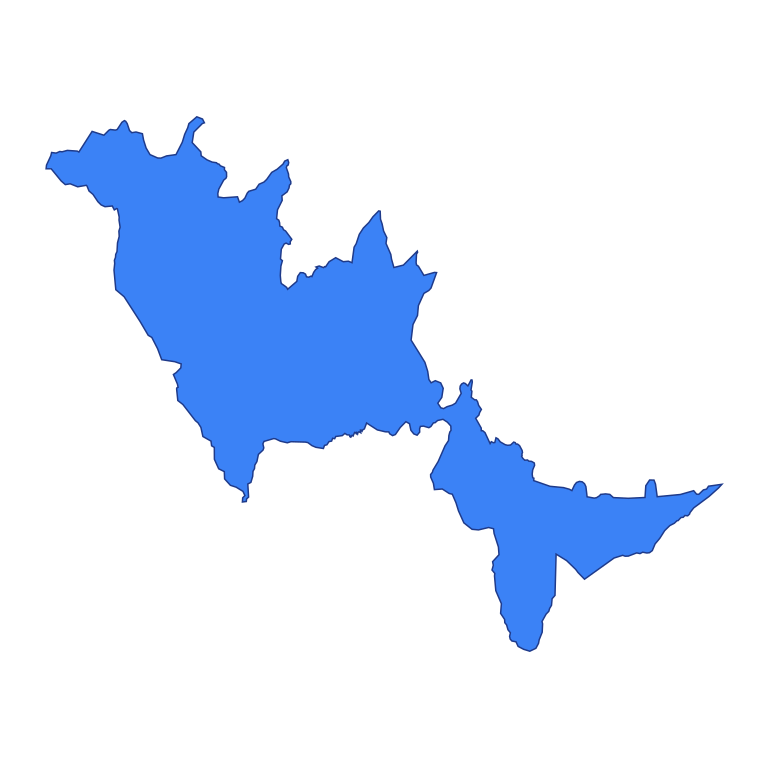 outline of Yilo Krobo, Eastern, Ghana
{"feature_id": "2480657B63323125119927", "entity_name": "Yilo Krobo", "entity_type": "district", "adm_level": 2, "iso_a3": "GHA", "parent_name": "Ghana", "parent_adm1": "Eastern", "projection": "equal_earth", "projection_center": [-0.125, 6.157], "detail": "fine", "context": "isolated", "style": "filled", "palette": "blue", "viewbox_px": 768, "rotation_deg": 0, "n_neighbors": 0, "source": "geoboundaries", "source_scale": "gbopen_adm2", "svg_char_len": 6111}
<svg xmlns="http://www.w3.org/2000/svg" viewBox="0 0 768 768"><path d="M721.9,484.3L708.5,486.2L706.6,489.1L703.4,489.9L698.8,494.3L696.6,494.2L693.7,490.7L680.3,494.5L657.2,496.7L655.5,484.1L654.0,480.1L649.6,480.0L645.8,485.7L645.0,497.5L628.3,498.3L613.4,497.6L609.8,494.4L605.6,493.9L600.6,494.4L599.6,495.7L596.5,497.7L594.2,498.1L587.1,496.8L585.9,486.6L584.5,483.7L582.2,481.8L579.4,481.4L576.5,482.5L574.5,485.0L571.9,490.6L569.3,489.2L563.5,487.6L550.0,486.3L533.7,480.6L533.9,478.2L532.7,477.7L532.2,474.1L532.7,469.9L534.6,465.3L534.3,463.0L531.6,461.4L528.7,461.1L527.6,460.0L524.7,460.2L522.8,458.3L521.6,456.2L522.1,455.5L521.9,453.8L522.5,452.6L522.1,450.4L519.6,445.7L517.6,444.1L516.1,444.1L515.2,442.6L513.7,442.1L510.6,445.0L507.7,445.3L505.2,444.7L500.3,441.9L497.9,438.8L496.0,437.8L494.8,442.5L493.4,442.7L491.3,441.7L490.1,443.6L485.0,432.6L482.7,430.7L481.3,430.7L481.2,428.0L475.7,418.3L478.9,415.1L479.6,412.6L481.4,409.4L478.6,405.3L477.6,401.8L476.4,399.9L474.6,399.8L471.3,397.3L471.9,391.2L471.0,389.9L472.3,382.0L472.0,380.0L471.1,379.9L467.9,385.9L465.3,383.5L463.6,382.9L461.6,384.0L460.2,386.1L459.9,388.9L461.2,393.4L455.6,403.1L452.3,405.1L447.0,406.7L443.6,408.6L440.8,407.8L437.8,403.2L441.8,397.4L443.2,388.3L440.7,382.9L435.3,380.7L431.1,382.8L428.9,379.5L427.7,371.3L424.9,362.3L411.1,340.1L413.0,324.5L417.5,315.5L418.4,305.6L423.9,293.4L428.8,290.5L431.0,288.1L436.6,272.6L434.5,272.4L423.9,275.4L418.4,266.2L416.5,264.9L416.1,262.6L416.5,254.1L417.6,252.3L417.3,251.1L403.4,265.1L393.9,267.5L391.5,259.0L390.8,254.4L386.0,243.4L386.8,237.6L383.6,231.0L382.1,223.9L380.5,219.2L380.2,211.2L378.7,210.9L373.0,216.7L368.8,222.6L363.4,228.0L359.3,234.3L356.2,243.7L354.1,247.2L352.0,262.7L348.4,261.2L343.3,261.7L335.7,257.7L329.1,261.7L325.6,266.8L324.7,266.6L323.5,267.6L319.2,266.0L316.0,267.0L317.6,268.2L315.6,269.6L313.7,272.3L311.9,276.6L311.0,276.1L308.8,277.2L306.5,276.8L305.5,274.1L303.3,272.8L300.3,272.6L297.7,276.3L296.8,281.4L287.6,289.3L286.7,287.4L281.3,283.5L280.8,281.3L280.3,275.4L280.9,266.1L282.4,260.7L280.5,259.0L281.3,249.2L284.2,244.0L286.1,243.1L288.7,244.4L290.3,243.9L290.2,241.8L291.8,239.3L285.6,231.0L283.5,229.7L282.4,227.2L279.8,226.0L279.6,222.7L278.8,220.2L276.6,218.7L277.5,209.8L282.2,200.4L281.9,195.8L287.1,191.9L289.0,188.0L289.5,185.1L290.8,183.8L290.8,181.6L288.7,176.9L288.5,174.0L286.3,167.6L286.9,165.8L288.2,165.0L288.7,162.5L287.8,159.7L284.7,161.1L283.0,164.1L277.2,169.2L271.7,172.4L266.7,179.4L263.9,182.1L259.1,184.2L255.7,189.2L248.8,191.3L247.2,193.2L244.9,198.1L242.5,200.6L239.4,202.2L237.5,196.8L223.6,197.8L218.1,197.0L217.8,193.6L218.8,189.1L223.7,180.1L226.0,178.2L226.6,176.7L226.5,172.3L224.4,169.7L224.5,167.5L220.4,165.8L219.0,164.1L217.6,163.8L216.4,162.7L212.2,162.1L207.1,159.9L201.2,155.8L200.8,151.8L192.2,142.6L193.8,132.1L202.4,123.5L204.4,122.8L202.5,119.0L196.8,116.8L188.9,123.6L187.7,127.8L184.7,134.3L182.3,142.2L176.0,154.6L166.6,155.9L161.0,158.1L157.7,158.0L150.0,154.6L146.1,148.0L143.6,140.1L142.4,133.7L136.0,132.0L131.8,132.7L129.5,130.5L127.2,123.6L125.7,121.3L124.4,120.6L121.9,122.3L117.2,129.5L115.4,130.1L110.3,129.5L108.9,130.2L103.9,135.2L92.1,131.4L78.9,152.0L77.2,151.1L67.3,150.4L62.1,151.8L59.8,151.5L56.1,153.1L51.6,152.5L50.8,155.8L46.5,165.1L46.1,168.8L51.2,168.8L61.2,181.0L65.3,184.6L70.2,183.8L77.7,186.8L86.3,185.3L87.0,186.0L89.0,191.0L93.0,194.4L97.9,201.7L101.1,204.9L105.0,206.7L112.3,206.0L114.3,209.9L116.7,208.5L117.4,208.8L119.2,217.1L119.0,220.0L120.1,227.2L118.9,231.1L119.2,236.4L117.5,242.9L117.0,251.6L115.7,254.4L115.5,257.4L114.4,260.3L114.7,263.5L114.0,270.1L115.8,289.7L124.1,296.7L140.1,321.5L148.2,335.3L151.8,337.4L157.6,348.7L161.7,359.7L174.8,361.7L181.2,363.9L180.8,367.9L176.2,372.6L173.4,374.5L177.4,384.0L178.1,387.3L177.0,387.7L176.6,388.8L177.8,400.5L182.9,404.5L195.4,420.7L198.0,422.8L200.9,427.4L202.9,436.5L211.0,441.1L211.6,445.8L214.3,447.4L214.4,459.3L218.7,468.8L224.3,471.6L224.6,478.9L230.4,485.3L236.2,487.2L243.0,491.4L244.9,495.6L242.7,497.8L242.4,502.0L246.3,501.5L246.6,498.9L248.6,497.1L247.8,484.0L250.9,482.4L252.7,476.3L253.0,471.3L254.5,468.6L254.8,465.1L256.9,461.6L258.4,454.4L263.0,450.1L263.8,447.9L262.9,443.8L264.0,441.4L273.6,438.6L275.4,438.8L280.4,441.2L287.3,442.8L290.9,441.7L305.5,442.1L307.9,442.6L311.9,445.6L315.9,447.3L323.4,448.5L324.5,445.4L326.9,444.8L329.0,441.6L331.6,441.1L332.6,438.3L334.7,438.7L335.7,436.5L342.3,435.6L344.9,433.4L347.0,434.8L349.3,435.0L350.0,435.7L349.8,436.6L350.8,437.2L352.1,435.3L353.1,436.0L354.6,432.4L355.4,432.5L356.2,433.7L356.7,432.6L357.6,434.0L358.0,432.4L359.0,431.8L360.8,432.8L360.4,430.1L361.1,430.0L362.1,431.2L362.7,429.9L364.4,428.9L366.6,423.0L377.3,429.9L385.3,431.8L388.8,431.9L389.7,433.8L392.6,435.6L395.4,434.5L400.3,427.4L405.9,421.7L409.5,423.7L410.9,430.3L413.8,433.9L417.1,435.2L419.7,432.1L419.6,428.8L420.4,426.4L423.5,426.1L428.9,427.7L430.9,426.5L433.4,422.9L435.1,422.7L437.6,420.5L443.0,419.3L447.4,422.2L450.8,426.0L451.0,430.4L449.8,432.0L448.9,435.5L448.5,440.6L445.0,445.9L438.2,461.5L433.0,470.1L432.4,472.3L430.6,474.5L430.7,477.1L433.4,483.3L434.4,489.6L442.3,489.0L449.2,493.5L452.3,494.2L456.0,502.8L458.5,510.9L463.9,522.9L472.0,529.3L478.5,529.9L488.6,527.5L493.5,528.7L494.1,533.5L498.4,546.9L499.0,554.7L492.6,561.7L493.3,565.3L492.0,570.0L494.8,573.4L494.5,575.9L495.8,590.7L501.4,603.7L500.6,613.4L504.6,619.4L504.8,622.7L506.6,624.9L508.0,629.8L510.4,632.8L509.6,636.4L510.2,639.1L511.9,641.0L516.0,641.8L518.1,646.4L523.6,649.3L529.8,651.2L535.9,648.3L538.5,643.4L539.2,639.7L542.2,632.2L542.6,623.8L542.0,621.5L546.1,614.1L548.8,611.3L549.6,608.5L551.5,605.3L552.1,598.7L555.0,595.4L556.1,554.1L566.6,560.6L575.7,569.4L578.0,572.5L584.5,579.2L614.1,558.0L622.7,555.3L625.1,556.2L628.3,556.1L636.7,552.9L640.0,553.6L642.7,552.2L646.8,553.0L649.5,552.7L652.3,550.6L655.1,543.9L659.8,538.3L664.7,530.6L669.8,525.6L674.4,523.2L677.0,520.7L678.1,520.6L681.0,517.5L683.2,517.3L684.9,515.5L687.7,515.8L689.6,514.0L690.0,512.6L693.7,507.9L709.0,496.5L718.4,488.1L721.9,484.3Z" fill="#3b82f6" stroke="#1e3a8a" stroke-width="1.5"/></svg>